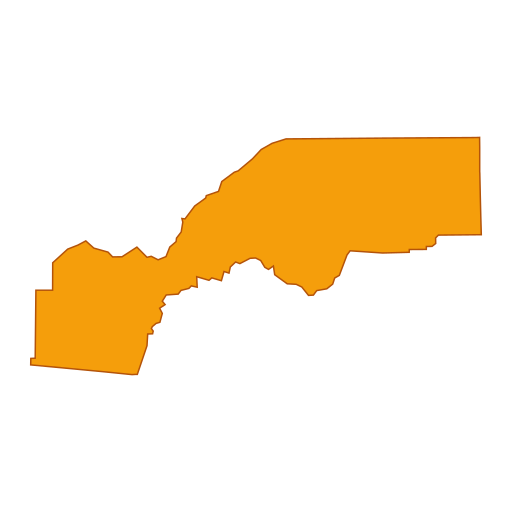 outline of Placer, California, United States of America
{"feature_id": "52423323B56416092773024", "entity_name": "Placer", "entity_type": "district", "adm_level": 2, "iso_a3": "USA", "parent_name": "United States of America", "parent_adm1": "California", "projection": "orthographic", "projection_center": [-120.777, 39.014], "detail": "fine", "context": "isolated", "style": "filled", "palette": "amber", "viewbox_px": 512, "rotation_deg": 0, "n_neighbors": 0, "source": "geoboundaries", "source_scale": "gbopen_adm2", "svg_char_len": 1488}
<svg xmlns="http://www.w3.org/2000/svg" viewBox="0 0 512 512"><path d="M481.3,234.7L480.8,217.0L480.3,196.4L479.8,173.1L479.7,171.7L479.7,152.2L479.7,147.3L479.6,138.7L479.6,137.5L479.6,137.4L478.1,137.5L470.1,137.6L383.7,138.1L313.6,138.7L286.0,138.9L272.1,143.3L261.2,149.5L252.5,158.8L238.1,170.9L234.3,172.2L221.8,181.5L218.5,191.4L206.3,195.6L205.7,198.0L194.7,206.0L185.0,218.9L181.9,218.5L182.8,222.1L181.2,232.0L176.5,238.1L176.1,241.6L169.8,247.0L166.0,256.6L158.1,259.8L151.2,256.3L147.0,257.3L136.9,247.1L122.0,256.8L112.6,256.9L108.0,252.1L93.8,248.1L85.8,240.9L77.9,245.1L67.7,249.1L52.7,262.8L52.6,290.2L35.9,290.2L35.2,358.2L30.8,358.4L30.7,364.9L62.0,367.8L84.2,369.9L104.3,371.8L112.2,372.6L132.0,374.6L135.3,374.4L137.3,374.4L147.0,345.7L147.7,334.0L152.6,333.8L153.2,331.1L151.4,328.6L152.3,326.6L156.1,323.4L159.9,322.3L162.3,313.4L159.6,308.2L165.1,304.6L162.3,301.2L166.2,295.0L167.1,294.9L178.2,294.1L181.0,290.4L188.9,288.4L191.3,285.9L197.2,287.2L196.7,276.7L209.0,280.3L211.8,277.9L221.4,280.7L224.0,271.5L229.0,273.1L230.3,267.0L235.6,262.0L239.9,263.6L250.1,258.3L255.6,258.0L260.7,260.5L264.8,267.3L268.5,269.4L273.4,266.0L274.7,274.7L287.2,283.8L296.2,284.3L301.8,287.0L308.5,295.4L313.4,295.1L316.7,290.6L326.8,288.8L332.7,284.1L334.7,278.0L339.3,275.4L347.0,255.0L350.1,250.8L382.6,253.0L409.2,252.3L409.3,249.5L426.3,249.4L426.4,246.5L432.0,246.4L435.7,243.5L435.6,237.9L438.4,235.1L481.3,234.7Z" fill="#f59e0b" stroke="#b45309" stroke-width="1.5"/></svg>